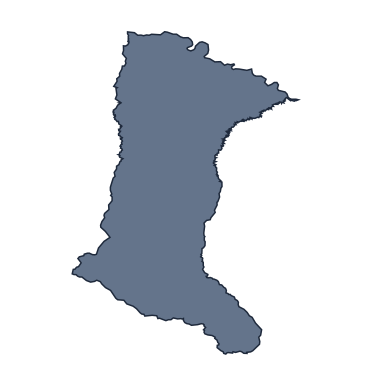 outline of Palmira, Valle del Cauca, Colombia, rotated 103°
{"feature_id": "7082276B49686436836196", "entity_name": "Palmira", "entity_type": "district", "adm_level": 2, "iso_a3": "COL", "parent_name": "Colombia", "parent_adm1": "Valle del Cauca", "projection": "equal_earth", "projection_center": [-76.236, 3.584], "detail": "fine", "context": "isolated", "style": "filled", "palette": "slate", "viewbox_px": 384, "rotation_deg": 103, "n_neighbors": 0, "source": "geoboundaries", "source_scale": "gbopen_adm2", "svg_char_len": 6022}
<svg xmlns="http://www.w3.org/2000/svg" viewBox="0 0 384 384"><g transform="rotate(103 192 192)"><path d="M336.9,102.1L335.9,102.6L334.6,98.9L333.0,97.1L325.2,92.0L322.5,92.3L318.5,94.3L316.1,92.9L310.5,93.2L305.4,100.7L300.6,105.2L299.7,108.3L297.0,111.1L294.6,115.0L293.2,120.5L291.2,121.7L289.0,122.0L287.6,123.4L286.8,125.9L284.8,127.1L284.1,130.5L283.2,131.8L283.6,133.1L282.9,134.0L282.6,136.2L280.1,136.4L278.3,137.7L277.7,139.6L275.9,142.1L276.0,144.5L273.3,146.2L272.4,147.9L271.9,151.0L272.2,152.1L271.5,152.7L271.2,154.9L272.0,156.9L272.0,158.4L271.0,159.2L270.3,158.0L268.7,158.0L267.8,161.5L264.9,164.3L262.4,163.5L261.4,164.4L258.1,165.2L257.3,166.6L256.8,166.1L255.8,166.8L254.7,166.5L253.8,167.0L253.2,169.0L251.6,168.3L250.8,169.3L249.8,168.6L244.8,169.5L243.8,168.3L241.4,167.3L237.5,168.0L236.4,169.1L233.4,169.8L232.6,169.4L231.7,170.5L229.3,171.3L222.5,172.0L219.6,173.3L216.4,171.4L214.9,168.0L212.8,167.8L206.7,164.8L204.7,166.0L199.0,164.6L196.4,165.4L195.7,164.7L190.7,164.0L187.4,165.3L185.2,164.5L181.9,164.7L180.0,164.0L175.6,165.1L175.4,167.3L174.6,166.5L172.9,169.3L171.3,169.9L170.8,170.9L170.2,170.4L169.7,171.8L169.2,171.2L168.2,172.1L167.0,171.7L166.1,172.9L163.0,173.4L162.7,174.4L161.5,174.8L161.1,176.2L160.0,175.0L159.3,177.5L158.4,177.7L157.0,175.5L156.7,177.6L154.8,176.7L153.8,177.2L153.1,176.0L152.8,177.4L151.7,177.9L150.4,177.3L150.5,175.9L148.7,176.2L148.0,174.8L145.0,175.6L144.8,173.4L143.0,172.6L140.4,173.9L140.6,172.2L139.9,171.7L138.1,173.3L137.5,171.5L136.6,173.2L135.9,172.4L135.3,173.4L134.2,171.4L133.5,174.0L132.7,172.1L131.9,172.4L130.4,170.4L129.8,171.6L128.9,171.4L128.7,170.0L129.6,169.3L128.3,168.7L127.6,169.3L126.3,168.9L126.9,169.9L125.5,171.9L125.3,169.6L124.8,169.3L124.4,170.5L123.6,168.0L123.0,169.7L122.4,168.1L121.8,169.4L121.3,168.1L120.0,168.0L119.4,166.3L117.6,165.4L116.6,166.1L116.4,164.2L114.6,165.6L114.4,163.2L113.3,163.7L113.4,162.1L112.1,160.7L112.0,159.8L110.1,159.2L109.7,158.4L110.3,157.9L111.6,158.5L111.5,157.1L110.1,156.7L110.5,154.8L110.0,155.4L108.9,154.6L108.8,153.4L108.0,153.8L108.4,152.3L107.6,152.3L107.5,151.6L106.3,152.3L106.2,151.3L107.4,149.9L106.5,149.8L106.1,147.3L104.4,144.9L104.5,143.6L102.9,143.2L103.2,141.3L102.3,141.3L102.3,142.0L101.0,143.1L99.7,141.6L99.0,143.7L98.5,142.9L98.8,142.2L97.9,142.4L97.7,140.6L96.7,139.9L96.6,141.0L96.0,140.2L96.5,138.9L94.6,137.8L94.5,136.3L93.9,136.7L93.7,135.8L93.4,136.6L92.6,136.1L92.5,134.8L93.2,133.2L91.8,133.9L90.3,132.8L90.2,132.0L89.2,133.2L88.1,131.9L87.4,128.7L86.8,129.9L85.8,128.0L86.2,127.6L85.9,127.0L85.4,126.9L85.3,127.6L84.5,127.0L84.5,125.6L85.6,124.7L84.4,124.5L84.5,122.7L83.8,123.4L82.6,122.1L82.4,123.0L81.3,121.9L81.0,122.6L78.7,121.3L80.9,116.3L79.9,115.1L80.5,114.1L80.4,112.6L79.6,112.3L79.7,111.3L78.2,109.1L78.2,111.6L79.2,115.7L79.0,117.8L78.1,119.6L75.1,121.5L73.6,123.8L73.5,130.7L72.0,132.1L68.2,131.9L66.2,133.9L66.8,136.5L69.4,138.9L71.4,141.9L68.9,145.9L65.4,145.2L63.5,150.5L64.7,155.7L64.3,158.0L62.8,159.9L58.8,161.6L61.1,165.9L61.6,173.8L62.2,177.3L63.3,179.2L62.9,180.7L61.8,181.4L60.8,181.4L58.6,179.3L57.8,180.0L59.3,182.9L59.4,186.3L61.2,188.8L58.6,193.5L60.1,199.0L58.2,204.7L58.3,209.9L57.2,210.6L53.4,207.8L49.9,207.8L44.7,209.6L43.7,212.9L43.4,215.9L44.5,218.3L49.1,221.4L51.5,221.4L53.0,222.3L54.8,224.9L54.5,227.7L53.5,229.1L52.3,228.9L49.9,225.3L48.3,224.5L45.7,225.5L43.7,227.7L42.5,230.5L43.7,235.1L43.4,238.2L41.7,242.5L42.5,245.9L41.8,251.9L42.0,254.7L45.9,258.0L47.4,266.9L48.9,269.0L49.2,271.6L50.6,274.3L50.6,277.0L51.5,280.1L49.7,283.9L50.5,290.8L52.3,290.4L54.0,288.9L55.2,289.1L57.0,288.2L57.3,288.6L59.4,287.5L59.4,288.3L59.9,288.3L60.2,287.3L61.0,287.1L63.1,287.8L64.8,289.7L65.0,291.7L69.6,290.5L73.0,290.8L76.6,286.0L79.6,286.4L81.4,285.3L84.4,286.1L85.0,288.2L88.2,288.0L92.8,289.3L95.5,288.5L98.6,290.8L101.0,289.9L106.7,292.0L107.2,288.4L108.1,289.4L114.4,287.0L118.5,287.6L120.8,281.8L121.5,283.1L121.6,281.7L124.0,283.9L127.6,284.9L130.0,287.0L130.7,286.5L131.8,287.0L132.4,285.9L133.7,286.2L134.6,285.2L134.1,284.2L134.9,283.8L135.4,284.6L135.9,283.8L137.0,284.6L137.6,283.5L138.5,283.6L139.1,282.0L140.2,280.9L139.8,279.6L142.2,278.5L143.1,276.0L144.3,276.4L144.0,275.3L147.2,276.7L147.4,277.6L148.8,277.1L148.9,275.4L152.0,276.7L153.3,276.2L153.2,274.9L154.1,274.4L154.7,272.1L155.7,272.5L155.9,273.6L156.5,272.9L156.5,274.1L156.8,272.5L158.1,271.2L159.4,271.9L161.3,271.0L161.7,271.8L163.5,272.4L163.7,271.4L165.3,271.5L165.8,269.9L166.8,269.3L167.4,270.0L169.0,270.1L169.4,271.2L171.8,271.3L172.2,272.2L172.7,270.5L173.7,270.8L174.4,270.2L175.1,266.8L176.8,268.4L177.7,268.0L178.5,269.0L181.8,269.4L183.8,271.3L186.6,270.7L190.4,272.2L194.1,270.5L196.2,271.9L205.7,272.6L208.7,271.9L212.0,269.7L213.6,270.5L214.8,268.7L218.5,267.9L223.4,270.3L227.8,269.0L232.5,272.3L234.5,272.5L236.8,271.3L241.0,273.1L244.9,273.6L246.9,272.9L249.9,267.5L254.6,261.7L259.9,266.6L267.6,270.5L274.2,271.1L275.1,272.7L275.4,275.0L274.7,278.3L275.2,280.2L276.8,283.0L278.4,283.1L280.5,287.2L282.5,288.2L285.8,284.2L286.4,284.2L290.3,285.8L291.3,287.6L293.6,288.7L294.1,290.3L298.7,290.3L299.0,288.4L298.6,286.3L299.7,284.6L300.1,282.5L299.6,280.1L302.0,275.0L302.6,270.5L301.0,266.8L299.4,265.0L300.0,261.1L301.8,259.3L304.6,254.8L306.2,249.2L312.6,242.4L313.7,240.2L312.8,234.0L315.7,230.4L316.5,223.7L318.2,219.8L321.4,215.3L322.2,213.5L322.0,211.3L323.5,210.1L321.1,203.1L320.5,198.5L323.0,196.8L322.3,195.2L323.2,188.5L321.7,186.2L321.2,183.8L318.9,181.9L318.9,177.5L317.9,174.4L318.0,172.9L317.2,171.9L319.1,171.4L320.8,169.7L321.4,167.6L321.3,164.9L322.0,162.6L320.0,156.7L318.2,153.3L318.1,151.4L318.7,150.3L319.7,150.3L320.9,148.3L323.7,149.8L324.1,148.7L326.0,148.7L327.3,147.5L327.7,144.4L327.3,140.1L328.3,136.8L329.5,136.9L330.7,134.3L332.8,133.0L333.6,131.7L334.9,131.5L335.7,132.9L338.0,132.5L340.1,128.2L340.7,125.6L342.1,124.8L342.3,122.6L340.8,121.7L340.3,120.7L339.8,116.2L338.4,116.1L338.5,113.5L336.4,109.6L336.4,107.9L337.5,105.3L336.9,102.1Z" fill="#64748b" stroke="#1e293b" stroke-width="1.5"/></g></svg>